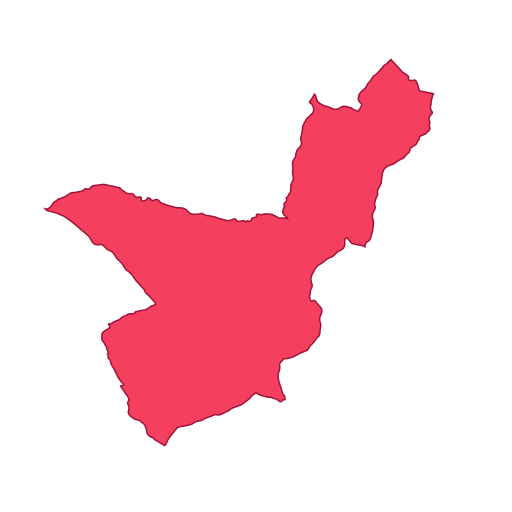 Jenesano, Boyacá, Colombia, rotated 261°
{"feature_id": "7082276B5512700200640", "entity_name": "Jenesano", "entity_type": "district", "adm_level": 2, "iso_a3": "COL", "parent_name": "Colombia", "parent_adm1": "Boyacá", "projection": "orthographic", "projection_center": [-73.37, 5.373], "detail": "fine", "context": "isolated", "style": "filled", "palette": "rose", "viewbox_px": 512, "rotation_deg": 261, "n_neighbors": 0, "source": "geoboundaries", "source_scale": "gbopen_adm2", "svg_char_len": 6091}
<svg xmlns="http://www.w3.org/2000/svg" viewBox="0 0 512 512"><g transform="rotate(261 256 256)"><path d="M388.5,456.7L393.1,444.4L393.9,443.4L395.1,442.9L398.1,442.8L401.4,442.2L404.3,441.2L405.1,439.9L404.8,437.4L406.0,434.1L408.0,434.5L409.3,434.6L410.2,434.3L414.7,429.5L429.0,420.0L425.6,415.4L423.9,411.8L422.0,410.0L418.0,405.0L416.2,402.3L415.7,400.8L415.2,400.0L410.5,395.8L408.8,393.5L405.2,390.7L403.4,388.2L402.3,386.3L400.0,383.6L398.0,382.4L395.2,381.6L393.4,381.7L392.1,382.3L389.6,384.1L388.3,383.9L386.5,382.8L383.2,379.7L383.1,379.0L385.5,375.2L387.4,373.1L389.8,367.9L390.2,365.2L389.5,362.8L388.5,360.5L388.3,358.8L388.6,356.8L389.4,354.7L391.4,351.9L394.0,346.4L396.8,342.7L399.8,340.6L405.3,339.8L406.4,339.4L406.7,339.0L404.5,337.4L400.0,333.2L399.3,333.0L398.8,333.3L397.5,334.7L396.7,335.1L394.2,335.9L391.8,336.0L389.7,335.3L388.2,334.2L383.7,327.5L381.0,325.5L379.9,324.5L377.7,323.0L376.2,322.3L369.3,320.3L366.7,319.1L365.2,318.6L364.3,318.4L361.0,318.7L359.4,318.3L357.6,317.4L354.5,313.4L351.2,311.6L347.7,310.5L345.2,308.3L343.6,307.2L342.3,306.7L339.6,306.3L335.9,306.1L332.4,305.1L326.8,305.1L325.9,304.9L321.1,301.7L315.1,300.5L313.5,299.8L312.8,299.3L312.5,298.7L310.1,297.0L308.6,294.9L307.2,295.3L306.6,295.2L305.2,294.3L303.6,292.1L301.8,291.5L300.2,291.9L299.6,291.6L298.9,290.7L296.8,289.7L295.0,289.3L292.8,289.8L291.6,290.5L289.8,292.3L287.9,293.0L289.0,290.6L289.8,284.7L290.4,283.7L291.1,283.1L294.2,278.9L295.2,276.3L296.1,271.8L296.0,267.2L297.3,263.8L296.4,262.8L295.0,262.6L294.5,262.3L293.9,257.8L292.2,257.1L291.1,255.8L291.2,254.9L292.2,253.4L292.0,252.5L291.1,251.8L291.1,251.3L292.4,250.2L293.0,249.3L292.8,245.5L293.0,243.7L294.1,242.3L295.8,241.5L295.9,241.1L296.0,239.7L295.1,235.6L295.3,233.8L295.9,232.2L299.5,224.0L301.1,221.4L303.4,215.0L303.9,212.9L304.9,211.3L306.5,209.7L306.4,203.9L307.4,199.4L308.3,197.6L313.0,194.0L314.5,191.7L315.3,189.6L316.1,185.0L321.0,174.3L322.4,172.3L322.9,171.2L323.8,170.1L326.0,168.6L327.2,167.3L327.4,165.2L326.9,162.9L327.1,162.1L328.2,161.0L329.4,160.3L329.9,159.5L330.3,158.1L330.2,157.7L329.0,157.1L328.6,156.6L327.9,153.4L328.2,152.1L328.5,151.6L329.3,151.5L330.1,151.4L330.7,151.8L331.5,151.7L332.6,150.7L332.5,147.3L334.1,145.7L336.4,144.3L337.2,142.6L337.6,139.4L338.2,138.2L342.2,133.8L344.6,132.2L345.1,130.4L346.1,128.8L346.3,127.7L347.5,125.4L347.9,123.4L350.1,118.4L350.7,115.7L350.9,105.9L350.1,103.9L348.5,102.7L348.4,102.3L348.3,100.3L349.1,98.0L348.6,96.6L347.9,95.9L347.1,92.8L347.3,90.1L346.9,87.3L347.2,86.3L347.3,83.6L346.8,81.8L344.2,76.2L344.1,74.7L343.1,71.0L343.3,70.3L343.1,69.7L341.4,66.5L341.0,65.3L340.1,64.1L337.9,62.2L336.5,60.5L335.5,58.7L335.0,56.1L335.4,55.3L333.8,56.4L329.6,65.8L325.2,72.7L318.7,79.4L303.0,92.9L300.9,94.4L295.6,96.4L292.7,98.5L291.7,101.9L291.8,104.1L290.4,106.8L286.6,109.4L285.0,111.1L283.2,114.1L280.7,115.9L276.0,117.8L269.8,122.3L263.1,125.3L257.9,130.0L250.2,133.8L240.9,140.0L236.4,141.5L233.8,143.8L225.7,149.1L224.4,149.3L223.4,147.7L222.8,144.3L221.6,142.3L220.1,138.2L220.0,137.2L220.2,135.6L220.0,134.0L220.1,132.1L219.8,130.8L219.8,128.3L218.5,127.2L218.3,126.2L218.2,125.3L218.7,122.9L218.6,120.5L217.7,118.8L217.2,116.2L216.3,113.7L214.6,111.3L214.3,110.2L213.2,105.3L212.0,103.1L212.0,100.1L211.5,99.7L209.4,100.7L208.1,100.1L206.4,96.8L205.8,94.9L204.7,93.0L203.7,92.1L202.0,91.4L199.2,90.9L196.6,90.9L194.0,92.4L192.3,92.9L190.3,93.9L189.2,93.9L187.7,94.4L186.3,94.2L184.0,95.3L182.7,94.0L179.5,94.4L178.8,94.0L178.1,94.1L176.4,95.5L171.3,96.2L165.4,98.6L158.5,100.5L152.9,103.1L150.2,105.3L149.5,105.3L149.1,105.0L149.1,103.0L148.7,101.9L148.4,101.9L145.5,103.5L139.6,106.1L138.7,106.8L135.2,108.0L133.4,107.9L131.5,106.3L130.7,106.2L127.4,106.8L125.7,106.8L121.8,105.4L119.8,105.7L118.5,106.3L117.1,107.3L113.8,110.7L112.1,114.6L111.2,116.0L110.1,116.7L108.0,118.7L106.2,119.7L102.4,120.6L99.2,120.6L97.3,120.9L94.7,122.6L93.7,123.8L92.5,126.0L90.5,127.2L83.0,136.2L83.5,136.9L85.0,138.1L88.9,140.7L93.3,145.2L98.3,150.9L98.8,151.7L99.3,154.0L99.4,161.6L99.9,166.0L100.1,166.8L101.5,169.5L101.9,171.0L102.0,175.6L102.7,178.1L103.7,180.8L104.5,185.3L105.8,190.6L104.9,193.8L105.0,196.8L107.1,203.1L107.3,204.4L109.2,208.0L109.8,210.2L111.1,217.5L111.8,219.1L115.8,226.7L118.7,230.3L121.0,234.5L118.5,237.5L117.5,239.3L114.8,245.2L114.1,248.5L111.2,254.2L108.4,256.8L108.2,257.9L109.7,260.6L109.6,262.2L113.5,262.4L115.8,260.7L116.2,260.6L120.2,260.3L127.4,259.1L132.9,258.8L136.3,259.6L140.7,261.8L145.4,262.4L146.7,263.0L150.1,267.5L149.8,271.0L150.3,276.0L153.3,285.2L154.5,290.5L155.2,292.4L158.8,295.5L160.0,297.0L160.2,297.6L163.3,301.2L165.5,303.2L167.0,305.6L169.9,307.1L172.2,307.5L176.8,309.0L179.3,309.2L182.1,308.8L184.6,309.2L186.0,309.8L189.8,312.1L192.8,312.6L194.2,312.3L202.1,307.5L203.2,306.2L202.8,304.2L202.9,303.5L204.4,302.6L207.1,302.5L209.1,303.0L210.8,303.8L213.7,304.4L215.8,306.0L218.0,306.9L223.7,306.5L225.0,306.7L228.1,307.9L234.9,313.0L236.7,315.4L237.4,316.7L238.3,319.2L241.2,324.4L242.5,327.4L243.2,330.4L244.1,332.6L247.4,337.2L248.4,340.4L249.4,342.5L250.3,343.8L253.0,345.5L256.2,345.8L257.9,346.3L259.1,346.9L259.7,348.2L259.8,348.8L253.7,352.3L252.5,354.6L249.6,362.5L249.0,363.7L248.0,364.9L250.7,366.0L251.6,366.7L252.3,367.4L253.0,368.7L253.2,369.6L254.0,370.7L255.8,371.9L262.8,375.2L270.5,377.3L272.8,377.3L276.4,377.0L278.8,377.6L280.4,378.3L284.0,380.9L285.0,381.3L285.9,381.5L288.0,381.2L289.7,381.4L294.7,383.8L297.7,385.8L300.7,386.0L302.9,386.9L306.1,389.6L308.2,391.0L315.9,393.1L318.8,394.2L320.0,394.9L321.4,395.8L322.3,396.7L324.3,400.5L325.5,406.5L328.1,411.9L329.7,417.2L332.2,420.0L334.7,423.6L337.5,424.9L338.4,425.6L339.8,428.1L340.9,431.0L341.8,432.2L344.2,433.7L345.5,435.2L348.2,436.1L348.7,437.1L350.0,442.4L353.1,446.8L354.5,447.6L355.3,447.8L356.4,447.6L358.4,447.7L360.0,448.4L361.4,448.7L363.8,448.2L365.2,448.5L366.3,449.1L367.9,450.5L368.5,451.1L368.7,451.8L369.8,452.5L370.4,452.7L372.5,451.7L374.8,451.4L375.6,451.5L378.9,452.7L381.3,453.1L382.2,453.7L384.1,454.3L387.1,455.7L388.5,456.7Z" fill="#f43f5e" stroke="#9f1239" stroke-width="1.5"/></g></svg>